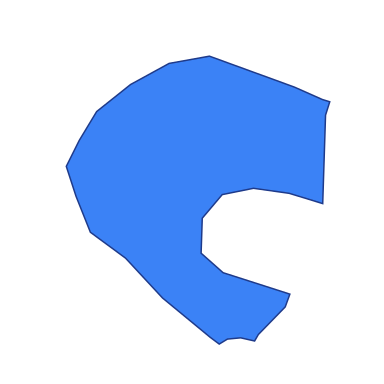 the border of Torbay, rotated 20°
{"feature_id": "GBR-2142", "entity_name": "Torbay", "entity_type": "Unitary Authority", "adm_level": 1, "iso_a3": "GBR", "parent_name": "United Kingdom", "parent_adm1": "", "projection": "natural_earth1", "projection_center": [-3.55, 50.443], "detail": "fine", "context": "isolated", "style": "filled", "palette": "blue", "viewbox_px": 384, "rotation_deg": 20, "n_neighbors": 0, "source": "natural_earth", "source_scale": "10m", "svg_char_len": 529}
<svg xmlns="http://www.w3.org/2000/svg" viewBox="0 0 384 384"><g transform="rotate(20 192 192)"><path d="M290.6,60.1L291.2,74.1L318.8,158.2L283.8,160.0L248.5,167.5L221.3,184.1L210.6,213.1L221.5,246.4L248.8,257.2L318.9,254.5L318.9,268.1L303.1,303.2L301.8,310.6L287.6,312.4L275.6,318.1L269.6,325.6L258.7,322.3L200.6,301.7L152.2,276.9L110.3,264.6L84.5,235.7L65.1,210.9L68.4,182.1L74.9,149.0L97.5,112.0L126.5,79.0L161.9,58.4L207.1,58.4L252.2,58.4L282.8,60.5L290.6,60.1Z" fill="#3b82f6" stroke="#1e3a8a" stroke-width="1.5"/></g></svg>